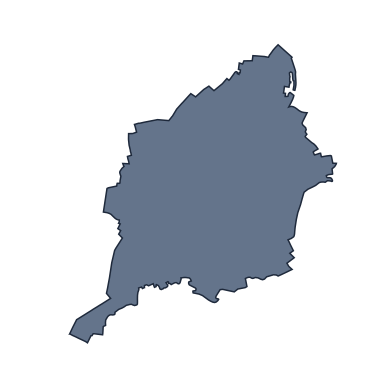 outline of Nam Tu Liem, Ha Noi, Vietnam, rotated 259°
{"feature_id": "81297802B23821385944469", "entity_name": "Nam Tu Liem", "entity_type": "district", "adm_level": 2, "iso_a3": "VNM", "parent_name": "Vietnam", "parent_adm1": "Ha Noi", "projection": "albers", "projection_center": [105.76, 21.018], "detail": "fine", "context": "isolated", "style": "filled", "palette": "slate", "viewbox_px": 384, "rotation_deg": 259, "n_neighbors": 0, "source": "geoboundaries", "source_scale": "gbopen_adm2", "svg_char_len": 5854}
<svg xmlns="http://www.w3.org/2000/svg" viewBox="0 0 384 384"><g transform="rotate(259 192 192)"><path d="M76.0,44.8L76.0,45.0L74.0,47.4L71.8,50.5L71.1,51.4L70.1,52.7L69.3,53.8L68.3,55.2L65.5,59.0L63.9,60.6L70.2,65.4L70.1,66.5L71.7,67.9L71.5,69.0L68.9,77.0L70.0,77.4L74.2,78.5L75.2,78.7L76.8,79.2L77.2,80.2L77.5,81.7L77.9,81.8L80.2,82.1L82.9,82.9L85.8,85.5L86.7,87.0L87.0,88.2L86.9,89.1L86.4,90.9L86.5,92.5L87.0,93.1L88.6,93.4L89.8,95.8L90.8,97.8L91.4,101.0L92.2,103.5L93.3,105.9L93.4,108.6L93.5,109.1L93.3,111.2L92.4,112.4L91.5,114.0L91.7,116.2L92.4,117.0L94.5,117.5L97.8,118.1L101.0,118.8L103.7,119.7L106.3,121.2L108.0,121.3L108.3,124.3L106.7,124.9L107.2,126.8L107.2,127.1L107.4,127.1L109.3,127.5L109.6,129.8L108.9,130.6L108.3,131.4L108.2,131.5L108.8,134.0L109.1,135.4L109.2,135.6L109.4,136.4L107.8,136.6L106.4,136.8L105.6,137.0L106.0,138.7L107.7,139.1L107.9,139.4L107.8,139.7L107.2,140.2L106.6,141.1L104.8,141.8L103.2,142.0L102.8,142.2L102.3,142.9L102.1,143.4L102.4,144.3L102.4,145.0L103.0,145.8L103.1,146.7L103.0,147.6L103.2,148.3L103.8,149.7L104.3,150.2L105.1,150.4L107.9,149.2L108.6,151.3L108.2,151.7L106.7,151.6L106.7,151.8L106.3,153.1L105.1,153.9L105.5,155.2L106.2,157.8L106.1,158.8L106.0,159.4L104.6,160.8L104.4,161.5L104.6,162.3L105.5,163.1L108.7,164.7L109.8,164.8L109.7,165.7L109.6,167.9L109.2,169.8L108.4,172.1L108.4,172.3L108.0,173.1L106.7,173.9L104.8,174.3L104.5,172.1L104.2,171.6L103.3,171.3L102.4,171.3L101.4,171.6L100.4,172.8L97.2,176.9L96.7,177.3L95.9,177.5L94.5,176.7L94.6,174.6L94.7,174.2L93.9,173.8L92.7,173.9L92.1,175.5L90.4,179.5L88.4,182.5L82.9,187.6L81.1,189.7L79.9,191.4L79.2,193.2L79.4,194.8L80.5,196.7L81.6,197.7L82.1,197.3L82.8,195.6L83.8,195.1L84.8,195.5L85.8,196.3L90.8,201.0L90.6,203.5L86.6,212.8L86.3,213.6L85.9,214.4L88.0,218.5L88.0,226.0L88.7,227.9L96.9,227.9L97.2,229.0L97.5,230.7L97.4,231.8L97.2,232.8L96.2,233.9L95.7,234.8L95.6,235.5L95.7,236.3L96.0,237.8L95.1,240.5L93.3,242.8L92.4,244.6L92.7,246.6L94.5,249.1L95.2,256.2L94.4,259.0L93.1,260.5L93.8,263.6L95.9,271.7L96.9,275.5L100.5,272.8L104.0,271.6L108.0,279.8L113.2,276.3L115.0,280.3L116.8,279.8L121.5,278.5L125.2,277.6L126.7,277.1L126.9,277.9L127.4,280.4L128.4,282.7L128.7,283.3L129.5,283.9L131.1,284.6L132.5,285.0L133.3,285.2L137.7,286.5L145.2,289.2L151.5,291.9L158.8,296.1L164.9,299.1L168.8,301.1L170.4,302.0L172.6,306.3L174.0,311.7L174.9,314.7L176.2,317.2L177.0,318.9L177.1,320.5L176.8,322.7L176.2,324.5L176.2,325.0L176.6,325.6L177.2,327.1L176.9,328.4L176.3,330.2L175.7,331.2L175.7,331.7L175.9,331.9L176.7,332.1L178.2,331.7L179.4,330.9L179.9,329.6L180.2,327.8L180.6,327.2L181.1,327.0L182.5,327.0L183.0,329.3L182.9,331.0L182.7,333.1L182.9,333.5L188.0,333.9L189.7,336.9L191.8,338.8L192.6,339.2L193.4,335.7L200.8,335.7L201.4,334.8L201.7,331.1L201.8,326.1L202.0,325.7L205.5,325.6L205.6,324.6L205.3,322.6L205.2,321.4L205.1,320.5L205.0,319.4L205.2,319.2L208.1,318.6L208.3,318.8L208.8,319.9L209.1,320.7L209.8,322.9L210.2,323.9L213.7,322.3L216.0,320.7L217.5,319.1L224.0,313.9L225.0,313.7L226.8,315.8L228.8,314.8L229.7,314.8L231.4,316.0L233.5,315.8L236.7,313.5L237.7,313.3L238.6,313.2L239.7,313.9L247.8,320.1L248.0,319.4L248.7,317.1L249.6,315.0L250.4,313.9L251.6,312.5L253.7,310.7L255.4,309.0L256.4,307.6L257.0,306.1L257.2,304.6L257.0,303.2L260.7,306.2L263.8,308.5L266.1,309.9L267.4,310.4L270.2,308.0L270.9,307.4L270.9,306.8L269.8,305.4L267.6,304.4L267.6,304.1L268.0,301.7L271.0,302.6L271.4,301.4L271.7,300.7L273.5,301.4L278.0,302.9L276.4,307.2L277.5,307.6L280.3,308.8L280.4,309.8L281.2,310.0L281.7,309.0L285.5,309.7L286.3,310.2L287.6,310.1L289.6,310.3L290.2,310.3L290.6,310.8L291.0,311.7L290.7,312.3L290.2,312.9L289.6,313.1L287.5,313.0L284.0,312.5L282.0,312.5L281.6,313.3L279.3,312.8L277.4,312.5L275.8,311.9L273.0,310.8L272.6,311.4L272.3,311.8L272.2,312.4L273.6,313.0L275.2,313.7L275.3,313.7L277.3,314.4L279.5,314.9L281.0,315.1L281.6,315.2L287.8,316.0L290.1,316.6L290.6,316.6L292.5,316.5L299.1,315.7L301.5,315.4L304.4,315.0L305.2,315.9L306.4,315.0L320.1,304.6L319.4,303.6L318.6,302.4L316.9,300.1L316.5,299.7L316.3,299.3L315.8,298.8L315.6,298.5L314.1,297.0L313.5,296.3L313.1,295.9L312.4,295.2L312.1,294.8L311.9,294.5L311.5,294.1L309.7,292.8L310.1,291.6L311.0,289.4L311.1,289.2L312.2,285.2L313.1,282.0L313.2,281.6L313.4,280.8L313.6,280.2L313.7,279.5L313.9,279.0L314.2,277.8L309.4,276.2L309.5,275.7L309.6,275.1L309.7,273.9L310.2,271.3L310.8,268.0L308.0,266.1L309.6,263.0L303.5,261.0L302.5,262.8L299.9,262.0L300.2,261.1L298.5,260.5L299.6,259.0L300.3,259.4L300.9,259.3L301.5,258.7L301.7,258.1L301.2,256.9L300.7,256.4L300.0,255.7L295.5,250.9L294.6,249.6L296.7,247.9L294.7,245.3L292.5,242.5L287.3,232.9L291.6,229.6L292.7,228.8L290.4,223.1L284.7,213.7L288.8,209.6L288.4,209.1L287.4,207.7L284.5,203.8L283.0,201.8L281.5,199.8L281.0,199.0L278.5,195.7L277.5,194.4L276.3,192.8L270.2,187.3L269.8,186.7L266.5,182.9L269.6,172.0L269.6,159.9L269.6,158.2L269.5,155.0L269.5,153.2L269.7,152.6L269.4,149.8L269.3,148.4L266.9,148.7L261.3,149.0L260.7,145.0L261.4,140.9L256.2,139.8L254.7,139.6L253.3,139.5L250.0,139.2L244.9,139.4L243.6,139.3L241.8,139.5L239.6,139.5L239.6,139.2L239.2,135.4L238.5,135.4L236.7,135.4L234.9,135.6L231.7,135.7L233.2,129.5L231.8,129.7L230.0,130.1L228.6,127.8L226.0,125.2L224.9,124.8L223.9,124.8L222.5,125.0L222.0,125.0L221.3,125.2L220.8,125.1L216.9,123.6L214.7,123.0L214.4,122.8L214.3,122.6L214.4,122.2L214.8,120.5L214.8,120.2L214.6,120.1L212.2,119.2L212.1,111.0L211.8,109.5L211.6,109.2L189.2,101.2L187.9,104.7L186.8,106.7L185.5,108.3L183.7,109.5L181.0,111.4L179.8,112.5L179.0,113.7L178.6,114.6L178.4,115.3L176.4,114.8L175.3,113.9L174.4,115.4L170.2,112.2L167.7,114.6L164.6,112.0L160.1,114.9L151.4,106.6L149.4,104.9L137.8,99.7L132.7,97.9L123.2,94.5L117.9,92.4L113.8,90.8L108.8,88.7L103.1,91.8L99.3,82.1L98.4,79.6L97.5,77.3L95.7,72.5L94.5,69.6L93.8,67.7L91.7,62.3L88.9,55.0L88.7,54.4L81.9,49.1L76.0,44.8Z" fill="#64748b" stroke="#1e293b" stroke-width="1.5"/></g></svg>